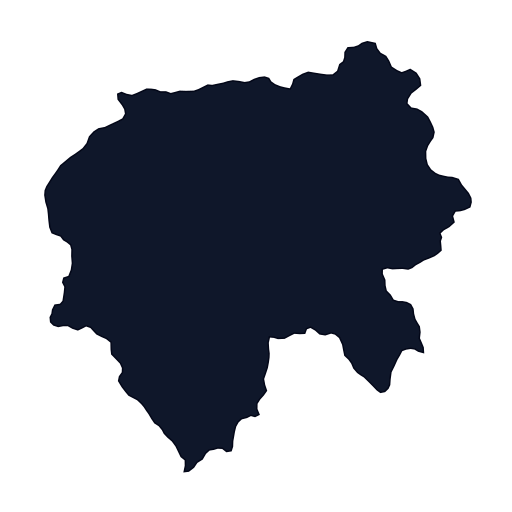 outline of Itaobim, Minas Gerais, Brazil, rotated 92°
{"feature_id": "56859067B61081448342892", "entity_name": "Itaobim", "entity_type": "district", "adm_level": 2, "iso_a3": "BRA", "parent_name": "Brazil", "parent_adm1": "Minas Gerais", "projection": "albers", "projection_center": [-41.522, -16.578], "detail": "fine", "context": "isolated", "style": "filled", "palette": "ink", "viewbox_px": 512, "rotation_deg": 92, "n_neighbors": 0, "source": "geoboundaries", "source_scale": "gbopen_adm2", "svg_char_len": 3855}
<svg xmlns="http://www.w3.org/2000/svg" viewBox="0 0 512 512"><g transform="rotate(92 256 256)"><path d="M346.6,85.3L341.6,85.8L337.2,87.8L332.6,90.0L326.4,89.5L320.9,90.4L317.6,92.6L313.7,95.0L308.4,96.6L303.4,97.3L299.2,99.8L297.3,103.9L296.7,107.9L296.8,112.3L295.4,117.3L290.4,120.5L286.4,124.7L281.1,126.1L275.5,126.5L269.6,129.3L264.8,129.4L263.1,124.3L263.9,119.2L263.5,114.6L263.1,109.2L263.7,103.5L262.1,99.8L259.1,96.3L256.4,91.7L254.1,88.4L251.8,82.9L249.4,77.9L247.0,74.7L243.8,71.3L239.2,71.8L234.6,72.4L230.9,71.3L226.8,73.1L223.2,69.6L219.9,64.2L215.2,59.3L209.2,61.1L204.1,58.5L203.5,53.6L202.2,49.3L199.5,44.0L194.7,42.9L190.7,43.4L186.0,46.0L181.6,49.9L177.9,53.2L172.4,56.5L170.7,62.8L170.6,67.0L169.9,71.1L168.9,76.0L167.2,79.9L163.8,84.5L158.8,88.1L152.7,89.8L145.4,90.2L139.7,88.4L135.3,85.9L131.5,83.4L126.0,82.4L121.2,83.9L116.1,86.5L111.2,89.3L106.2,95.2L103.6,100.3L102.8,106.2L98.4,110.6L93.6,110.1L87.7,106.7L83.9,102.1L79.7,97.5L73.2,98.6L67.7,102.4L64.2,108.4L66.3,112.7L67.9,116.8L65.9,121.7L62.5,127.4L56.6,130.2L52.0,133.3L49.1,139.0L44.6,142.6L39.4,144.3L38.0,152.2L39.8,157.4L42.4,160.8L44.1,165.3L44.7,171.4L49.3,174.1L54.6,174.1L58.8,175.3L61.7,178.9L68.5,180.8L72.5,185.5L72.8,191.5L72.2,197.7L71.4,204.2L70.6,210.2L72.8,215.6L76.0,220.7L78.3,224.2L82.9,225.3L88.0,227.6L87.1,233.4L86.1,238.0L84.2,243.2L81.5,247.3L78.1,249.5L76.9,253.7L77.7,258.9L79.6,263.9L82.3,268.6L83.2,273.4L82.3,279.1L81.8,285.2L83.0,290.4L84.5,294.6L85.9,300.5L87.2,305.7L86.9,310.1L89.3,314.5L91.8,319.1L93.6,323.7L94.1,331.7L94.1,337.9L95.6,342.7L96.8,346.9L95.2,351.7L95.4,357.3L93.5,362.4L93.1,366.5L93.1,371.1L95.4,375.6L97.9,380.6L100.0,385.5L99.1,391.1L97.3,396.1L99.0,399.8L104.2,399.2L109.7,394.7L113.7,392.2L118.5,391.2L123.7,393.9L126.7,399.2L129.8,405.3L133.0,411.4L134.4,417.6L137.5,422.1L142.6,426.5L149.5,428.7L154.8,432.6L158.1,436.7L160.8,440.2L164.0,444.8L168.6,449.9L172.5,454.3L177.2,457.1L180.9,459.5L184.7,462.1L188.9,464.5L193.9,467.4L197.9,468.9L202.5,469.1L209.4,467.8L215.9,465.6L221.3,464.8L227.3,464.1L234.4,463.0L239.9,460.6L241.5,456.2L242.8,451.8L246.5,448.8L248.4,445.3L251.3,441.5L255.9,440.1L262.6,440.0L269.7,439.2L276.5,440.0L283.0,442.3L284.8,447.3L289.1,448.2L293.4,445.8L299.5,446.2L307.9,447.2L311.2,449.9L312.1,455.2L316.9,457.4L320.9,457.8L324.5,459.5L329.1,458.9L332.0,455.8L333.3,451.2L332.2,446.4L332.0,441.5L334.5,436.7L336.0,431.5L333.9,427.4L331.6,423.4L333.1,418.6L336.5,415.3L339.4,412.4L341.7,407.4L343.6,402.6L347.2,397.8L354.4,397.4L359.1,396.7L363.3,392.3L367.8,387.7L372.5,385.4L377.1,385.4L381.3,388.2L385.6,388.9L391.4,385.1L395.9,381.4L399.5,378.2L401.6,373.8L403.7,369.4L407.5,365.1L410.5,362.4L414.2,359.8L417.3,357.4L422.2,354.3L426.3,351.3L428.9,346.9L432.9,343.4L436.5,341.4L440.2,337.6L443.8,333.1L448.8,329.2L454.7,326.1L459.1,323.8L462.3,319.5L468.2,319.2L474.0,320.2L473.3,315.8L469.3,311.0L464.3,307.9L460.8,302.7L455.0,299.6L451.4,295.9L450.6,291.7L449.2,287.6L449.3,282.8L452.4,278.6L451.5,274.1L447.2,272.9L441.7,272.9L437.5,272.3L432.3,271.6L427.0,270.5L422.5,268.2L419.1,264.8L417.6,259.6L415.4,255.6L416.4,251.4L414.3,247.5L409.0,249.9L403.4,250.0L398.8,247.3L394.6,243.8L390.2,240.9L384.6,243.0L378.6,244.3L372.7,242.5L367.2,240.9L361.8,240.1L356.9,239.6L353.0,239.6L348.6,240.3L342.3,240.9L336.3,239.8L336.5,235.3L337.6,231.1L337.1,224.7L334.2,219.7L331.7,215.1L331.9,209.4L331.5,204.6L326.9,203.1L325.2,199.0L327.9,193.9L331.6,189.5L332.3,184.1L330.2,178.3L331.2,174.0L334.6,169.6L341.4,166.2L346.8,165.0L352.2,163.7L355.8,159.6L359.8,156.5L364.6,154.3L368.8,150.4L371.0,147.1L373.0,143.6L377.0,139.2L381.4,134.5L385.6,130.2L387.9,126.8L386.9,122.6L383.7,119.5L380.1,118.0L374.3,117.8L367.2,117.1L360.8,114.2L354.4,111.6L350.0,109.2L345.4,107.0L343.7,102.9L342.8,98.3L343.3,94.1L345.4,90.4L346.6,85.3Z" fill="#0f172a" stroke="#020617" stroke-width="1.5"/></g></svg>